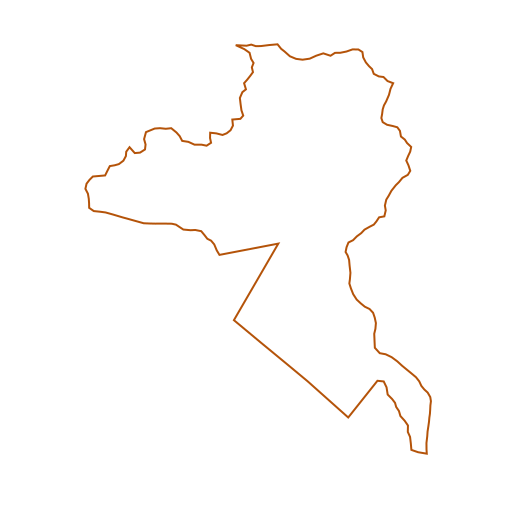 the district of Conceição de Macabu, Rio de Janeiro, Brazil, rotated 85°
{"feature_id": "56859067B82602417056719", "entity_name": "Conceição de Macabu", "entity_type": "district", "adm_level": 2, "iso_a3": "BRA", "parent_name": "Brazil", "parent_adm1": "Rio de Janeiro", "projection": "orthographic", "projection_center": [-41.847, -22.162], "detail": "fine", "context": "isolated", "style": "outline", "palette": "amber", "viewbox_px": 512, "rotation_deg": 85, "n_neighbors": 0, "source": "geoboundaries", "source_scale": "gbopen_adm2", "svg_char_len": 2803}
<svg xmlns="http://www.w3.org/2000/svg" viewBox="0 0 512 512"><g transform="rotate(85 256 256)"><path d="M424.9,178.2L390.9,145.9L392.1,139.7L398.2,137.4L405.5,136.9L410.3,132.9L414.4,130.3L418.6,129.5L422.9,127.1L428.0,126.1L433.0,122.3L438.1,119.4L444.5,120.1L449.6,118.3L456.1,118.1L462.7,118.1L465.6,111.6L467.8,103.1L463.6,103.0L457.2,102.5L450.4,101.1L445.9,100.4L440.1,99.0L436.2,98.1L432.2,97.4L428.4,96.5L424.5,95.9L420.1,95.3L415.9,94.4L411.7,94.7L407.0,96.9L403.6,100.0L399.8,102.6L395.1,104.3L390.7,107.2L386.4,111.5L382.6,115.4L378.1,120.0L373.3,124.4L368.6,129.7L365.2,135.4L363.6,141.2L357.8,145.6L352.7,145.4L348.5,145.2L343.8,145.0L339.0,143.4L333.3,142.4L327.7,143.1L322.8,144.3L318.7,147.5L316.0,152.0L312.3,155.8L308.2,159.5L302.5,162.5L296.4,164.3L291.5,165.4L287.5,164.5L281.0,163.4L273.5,163.6L268.0,163.6L263.4,164.7L259.8,166.4L255.1,165.0L250.6,162.7L248.7,157.9L245.2,153.8L242.4,149.2L239.2,145.6L236.8,140.3L235.0,135.9L232.0,133.0L228.2,130.0L227.7,124.7L221.9,122.8L217.0,123.2L211.2,121.3L207.6,118.6L202.8,115.4L197.7,110.6L194.9,107.2L190.9,103.3L188.4,97.7L184.6,94.9L179.0,96.2L174.0,98.0L169.6,95.7L165.5,93.3L160.9,91.9L156.6,95.7L153.0,97.6L149.6,101.2L143.9,101.7L140.1,104.0L138.4,108.5L136.7,114.0L133.7,118.1L129.5,119.1L125.6,118.0L121.0,117.0L117.1,115.4L113.4,112.9L107.1,109.5L101.1,107.4L95.8,104.3L93.2,109.7L88.8,113.4L87.8,118.0L84.8,122.8L79.9,124.1L76.7,126.9L72.7,129.7L67.5,131.9L62.1,132.2L59.2,136.0L58.6,141.8L60.2,148.1L60.9,154.3L60.5,159.6L63.0,164.3L60.0,171.3L61.7,178.5L64.1,185.3L64.5,192.5L63.1,198.9L60.0,204.8L54.7,209.8L51.8,212.9L47.0,216.1L47.0,224.5L47.3,233.0L46.9,238.0L45.0,242.3L45.7,247.1L45.1,251.4L44.2,257.8L48.9,249.6L53.0,244.7L59.2,243.7L63.5,241.6L67.7,243.7L72.6,243.0L76.0,246.0L79.6,249.4L82.8,252.8L89.1,251.5L91.6,255.3L97.2,258.3L103.7,258.1L109.6,257.8L115.0,256.5L118.0,259.6L118.0,267.7L124.1,267.6L128.5,270.4L131.2,274.5L132.5,278.8L130.4,284.8L129.2,290.9L134.5,291.5L139.3,290.9L141.8,295.6L140.3,300.7L139.7,307.6L136.4,313.4L134.9,319.5L129.9,321.6L126.0,324.5L121.3,329.3L121.4,334.8L120.3,340.5L120.2,345.8L123.0,354.8L129.8,357.3L135.3,356.3L140.2,357.3L142.9,362.5L142.9,367.8L136.6,372.5L140.8,376.2L145.1,376.9L149.5,379.8L152.5,384.6L153.3,388.8L153.7,393.8L158.0,396.5L162.6,399.3L162.6,404.7L162.6,411.6L165.6,415.2L169.2,418.5L174.2,420.1L179.3,418.0L184.4,417.6L189.1,417.7L193.5,418.0L197.1,413.7L198.3,407.5L199.5,402.1L202.2,394.9L206.0,385.3L207.5,381.2L209.8,375.1L213.6,365.0L214.4,358.8L215.0,353.3L215.7,344.7L216.5,337.1L217.8,333.0L223.3,326.1L224.6,319.0L224.8,314.2L226.5,308.4L230.7,305.5L234.6,303.0L236.8,299.4L240.8,296.6L247.0,294.6L251.7,292.3L245.6,232.7L318.0,283.6L343.1,258.3L365.3,235.7L385.2,215.6L424.9,178.2Z" fill="none" stroke="#b45309" stroke-width="2"/></g></svg>